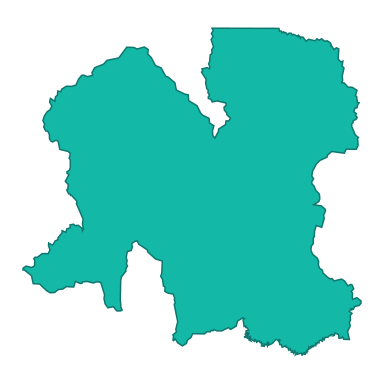 Atalaya, Ucayali, Peru (Natural Earth projection)
{"feature_id": "86281439B8185732836313", "entity_name": "Atalaya", "entity_type": "district", "adm_level": 2, "iso_a3": "PER", "parent_name": "Peru", "parent_adm1": "Ucayali", "projection": "natural_earth1", "projection_center": [-73.051, -10.43], "detail": "fine", "context": "isolated", "style": "filled", "palette": "teal", "viewbox_px": 384, "rotation_deg": 0, "n_neighbors": 0, "source": "geoboundaries", "source_scale": "gbopen_adm2", "svg_char_len": 5907}
<svg xmlns="http://www.w3.org/2000/svg" viewBox="0 0 384 384"><path d="M353.0,122.8L353.4,120.5L355.9,119.5L357.2,117.5L355.5,115.4L356.4,113.6L353.8,111.8L355.0,108.2L357.1,107.7L357.5,105.0L359.1,102.8L357.4,102.3L356.6,96.4L355.4,95.6L357.0,90.3L352.1,87.2L348.2,87.3L344.0,82.8L341.6,82.8L342.7,80.1L342.1,76.6L344.0,68.0L342.0,65.9L342.9,61.1L340.8,61.9L338.1,59.0L338.8,48.9L336.4,47.8L334.0,49.6L331.6,45.9L330.6,45.8L331.2,44.8L330.3,42.8L327.2,40.8L324.5,41.2L321.6,38.8L319.0,40.2L317.0,38.8L315.1,40.8L308.7,39.3L306.1,41.1L303.0,37.2L301.0,37.0L300.4,38.1L299.5,36.1L298.1,36.7L298.2,35.4L297.2,36.1L293.5,34.3L292.3,35.0L291.2,33.2L289.0,33.2L287.4,34.8L285.7,32.5L284.4,32.8L283.6,31.8L281.9,32.7L281.3,31.1L279.6,31.2L278.9,28.4L212.0,28.2L213.3,30.7L211.4,33.5L213.0,36.5L211.1,39.5L213.5,46.8L211.7,49.8L212.1,53.5L210.2,54.8L209.7,61.4L208.6,63.8L209.9,67.1L209.4,68.8L207.2,67.6L202.0,68.9L202.7,71.2L201.5,72.1L206.2,79.5L205.6,82.6L206.8,88.7L208.1,89.9L208.0,93.0L209.6,95.1L208.3,96.7L208.3,98.4L210.8,99.3L212.3,102.0L217.0,100.9L225.8,103.0L226.3,105.2L224.0,107.2L224.3,110.0L226.9,113.3L226.7,114.6L230.5,118.3L228.7,121.0L226.1,120.8L225.5,124.6L218.7,129.0L218.3,131.7L214.9,138.0L212.8,135.6L212.5,130.5L213.9,125.8L209.5,122.9L209.1,118.4L202.7,115.2L200.6,113.0L197.0,105.7L188.6,100.6L188.3,94.8L185.0,94.2L176.3,90.0L174.9,82.8L168.2,77.1L165.6,76.2L161.1,67.9L155.4,65.5L151.3,57.6L147.8,54.1L148.2,49.5L144.3,47.0L137.0,49.0L134.0,47.5L126.8,47.2L118.7,58.0L107.1,60.3L103.5,64.2L94.7,67.7L92.0,72.5L92.5,75.5L87.2,76.6L83.6,75.1L81.6,75.4L78.6,79.2L75.9,85.1L71.7,86.4L66.5,86.2L61.8,89.1L60.7,91.8L57.8,91.0L57.4,95.1L55.5,96.9L54.8,101.3L50.4,98.4L49.6,102.1L51.9,106.1L49.8,110.0L47.3,111.6L44.6,115.5L42.9,120.5L44.6,124.2L43.7,127.0L45.7,131.0L47.7,131.1L49.4,134.6L49.5,138.9L50.9,141.0L52.5,142.0L55.8,140.3L58.1,141.1L59.8,149.4L67.7,151.3L69.8,152.8L70.2,154.8L69.1,158.0L70.3,159.9L70.3,167.5L69.3,170.4L66.8,171.9L67.1,173.4L68.9,174.6L65.3,181.3L68.2,184.5L67.9,188.9L66.7,189.9L68.6,193.8L70.5,194.2L70.6,195.4L71.9,195.7L77.0,201.4L76.5,203.8L83.1,219.2L82.4,223.4L83.4,229.1L82.5,230.7L82.3,228.5L78.2,225.3L75.1,225.6L73.5,224.2L70.0,224.9L70.3,227.7L66.8,228.9L65.9,232.3L62.1,230.7L62.0,232.9L57.9,237.9L58.0,239.6L55.2,240.9L53.3,244.2L52.0,245.0L48.7,243.0L48.5,245.8L50.0,249.7L48.3,253.6L42.2,253.6L37.2,257.4L35.1,257.2L33.8,258.7L34.8,260.5L34.5,265.8L31.8,267.5L26.1,266.1L23.1,268.2L23.0,270.0L24.1,269.8L31.5,275.7L33.2,283.7L39.6,284.0L46.5,290.6L50.2,292.8L54.6,292.5L58.1,289.6L62.9,289.0L66.3,286.6L73.7,287.0L75.4,281.4L80.2,283.5L81.9,283.3L82.8,281.8L87.5,281.5L93.2,283.0L96.9,281.8L100.7,282.3L104.6,294.8L104.0,298.5L105.1,303.8L108.0,307.8L113.3,306.7L116.8,310.9L120.6,310.9L122.1,310.1L120.9,307.2L120.3,299.5L120.7,280.2L121.6,276.7L126.0,271.0L125.6,269.4L127.5,265.8L126.4,264.2L127.1,260.7L126.2,257.3L127.3,251.5L131.1,250.6L132.3,247.4L131.8,243.6L134.7,241.4L137.3,240.9L138.7,244.1L147.5,250.1L147.7,251.9L155.5,259.0L162.3,261.0L161.8,273.0L160.7,276.3L162.6,279.6L163.4,285.9L165.1,287.2L164.8,291.3L167.6,293.0L173.1,294.1L174.7,297.9L174.3,299.6L175.3,302.8L174.2,304.3L177.7,321.7L175.8,329.4L176.4,332.0L172.9,334.9L173.6,336.1L172.9,340.0L173.6,340.6L175.2,338.9L177.7,342.8L182.5,345.9L186.4,343.4L187.5,340.1L191.0,337.4L192.6,333.7L204.4,333.9L207.0,331.8L210.3,331.8L211.3,330.3L213.0,330.8L214.2,329.6L216.5,330.8L221.6,330.9L228.4,327.6L230.7,329.4L236.2,326.1L237.6,320.9L242.9,317.8L244.4,318.6L243.1,319.7L244.1,326.5L245.8,326.0L245.8,327.5L247.3,327.9L248.6,330.4L246.2,330.8L245.9,332.6L249.0,333.1L247.9,335.5L247.4,333.5L245.3,334.2L246.5,335.9L244.6,336.6L245.0,337.5L246.7,336.8L247.3,338.3L250.2,336.3L250.6,337.3L248.9,338.9L249.0,340.0L250.6,340.8L249.9,339.7L250.8,338.9L254.2,341.3L254.8,338.8L255.3,341.0L256.8,340.8L256.7,342.2L259.1,340.8L260.0,342.4L261.2,342.1L261.2,343.7L262.6,343.8L261.5,345.9L264.2,346.3L264.1,344.8L265.1,344.0L265.4,344.8L266.6,344.2L267.3,345.7L267.7,342.3L268.8,342.9L268.0,345.5L272.4,343.4L275.8,339.5L277.9,340.1L278.7,341.9L278.6,340.0L279.4,339.5L280.1,340.3L279.1,341.4L279.8,344.6L281.3,344.8L282.2,347.3L285.8,345.7L286.1,347.2L288.0,347.7L288.6,350.0L290.2,348.8L290.5,350.5L292.5,350.8L291.5,352.1L293.9,352.7L293.7,354.4L294.7,350.9L296.1,353.1L295.7,354.5L297.5,352.9L297.4,354.3L301.3,353.1L302.2,355.8L302.0,353.9L303.7,353.6L304.0,352.0L304.0,354.2L305.2,354.3L305.4,353.0L306.5,352.9L306.2,350.8L307.1,352.0L307.7,351.3L307.3,349.8L308.5,349.4L308.8,347.2L309.7,348.6L311.1,347.7L310.4,346.9L311.3,346.0L312.2,346.8L312.9,345.6L313.5,346.5L314.6,345.4L315.7,345.7L315.6,343.4L316.8,344.0L317.5,342.5L319.0,342.9L319.2,340.8L320.9,340.2L322.0,341.1L322.6,338.8L323.0,339.9L323.4,338.7L324.3,339.6L325.1,337.4L327.9,337.3L329.6,335.5L330.9,335.7L331.0,334.6L333.1,334.6L333.1,335.9L334.2,335.4L335.2,333.0L338.5,334.6L339.0,338.3L341.6,337.9L342.5,336.7L343.7,339.3L349.4,339.5L347.5,331.4L350.2,326.1L349.4,322.2L350.5,320.3L350.2,315.5L352.0,313.4L349.2,311.4L351.0,308.8L351.8,310.0L352.3,308.7L353.4,309.2L354.7,306.5L359.1,305.5L361.0,303.3L361.0,300.9L356.8,297.6L353.0,299.3L352.4,298.5L352.5,292.9L351.1,291.6L353.7,288.9L352.2,285.1L350.9,284.4L347.9,285.8L344.6,281.0L341.6,279.1L334.1,280.9L332.1,278.6L329.9,278.8L328.0,277.6L322.8,272.8L322.4,270.1L319.9,268.6L318.4,265.3L318.6,261.5L317.4,258.3L312.6,254.2L310.9,250.2L311.3,246.3L313.3,243.5L313.3,238.0L314.3,236.7L314.5,231.5L316.2,225.5L321.7,227.3L324.2,218.5L323.6,215.2L325.5,210.9L325.2,209.3L321.3,205.9L313.7,204.7L318.8,201.6L319.8,198.8L319.4,194.2L315.5,189.9L314.2,186.2L311.9,183.8L311.8,181.7L313.6,178.7L311.8,176.1L312.6,171.1L316.4,163.9L320.0,160.4L327.0,157.2L327.5,155.1L331.7,151.5L344.3,153.2L346.2,149.1L356.3,149.3L358.1,145.3L357.6,138.7L358.4,137.4L355.4,135.1L351.7,126.4L351.7,123.9L353.0,122.8Z" fill="#14b8a6" stroke="#0f766e" stroke-width="1.5"/></svg>